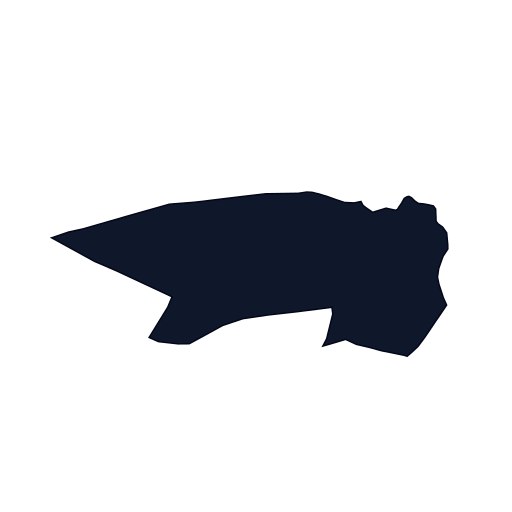 Al Qutayfah, Rif Dimashq, Syria, rotated 204°
{"feature_id": "27442178B63021739925615", "entity_name": "Al Qutayfah", "entity_type": "district", "adm_level": 2, "iso_a3": "SYR", "parent_name": "Syria", "parent_adm1": "Rif Dimashq", "projection": "natural_earth1", "projection_center": [36.695, 33.816], "detail": "fine", "context": "isolated", "style": "filled", "palette": "ink", "viewbox_px": 512, "rotation_deg": 204, "n_neighbors": 0, "source": "geoboundaries", "source_scale": "gbopen_adm2", "svg_char_len": 1596}
<svg xmlns="http://www.w3.org/2000/svg" viewBox="0 0 512 512"><g transform="rotate(204 256 256)"><path d="M450.1,189.5L401.1,185.4L396.0,185.5L376.6,185.7L316.1,184.6L315.8,173.3L320.5,138.1L310.3,138.1L291.4,144.1L281.3,148.7L271.8,161.1L258.2,179.0L242.5,193.4L221.2,206.9L196.2,221.6L174.2,234.9L165.8,240.0L162.3,234.3L157.8,209.2L158.3,200.9L151.5,206.6L140.2,216.3L128.4,216.1L116.4,218.4L102.3,220.6L99.0,221.4L95.9,222.1L94.6,222.4L87.3,224.0L80.0,225.6L77.1,225.9L76.5,227.3L74.5,231.5L71.4,238.9L71.1,239.8L68.6,251.0L68.6,251.3L67.9,255.0L67.2,259.0L66.9,260.7L66.8,261.4L66.5,262.8L66.5,263.1L65.8,267.0L65.2,270.5L64.1,276.2L62.8,283.6L61.9,288.7L62.1,288.9L66.6,292.9L66.8,293.1L67.0,293.3L67.8,294.0L68.0,294.2L74.2,301.1L77.3,304.5L81.6,310.5L84.0,318.9L84.6,326.1L85.0,331.9L83.6,340.4L85.4,344.3L91.2,354.7L97.2,358.3L100.1,358.9L103.0,359.5L105.7,361.1L107.6,365.1L108.8,367.5L111.0,372.0L112.7,373.0L114.3,373.9L119.1,373.0L120.2,372.7L122.1,372.3L123.9,371.8L124.7,371.6L129.0,370.1L131.9,370.6L133.4,370.9L137.6,372.5L140.5,372.7L142.1,371.6L144.0,369.0L144.5,363.5L145.4,358.8L145.7,356.2L147.0,354.6L155.1,352.9L156.6,352.6L164.9,345.4L167.2,343.4L174.9,344.8L178.9,345.8L182.3,348.5L185.6,346.1L187.8,344.5L196.9,340.9L205.1,340.1L208.9,339.8L214.1,339.4L215.6,339.3L219.2,338.8L224.3,338.2L225.0,338.0L230.6,337.0L235.6,335.1L243.0,330.4L272.6,316.7L293.2,304.5L299.4,300.8L319.8,288.6L325.9,284.9L333.9,280.2L337.0,278.5L352.7,270.0L354.5,269.0L356.3,268.0L389.3,240.5L424.9,210.5L436.8,201.8L450.1,189.5Z" fill="#0f172a" stroke="#020617" stroke-width="1.5"/></g></svg>